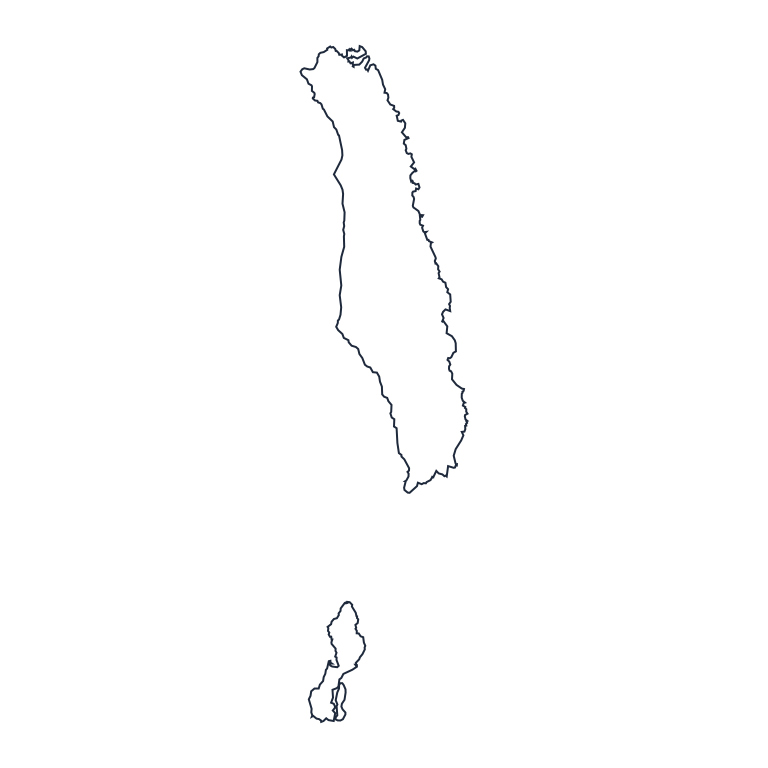 the district of Ranongga-Simbo, Western, Solomon Islands
{"feature_id": "97153195B5229435776265", "entity_name": "Ranongga-Simbo", "entity_type": "district", "adm_level": 2, "iso_a3": "SLB", "parent_name": "Solomon Islands", "parent_adm1": "Western", "projection": "natural_earth1", "projection_center": [156.559, -8.122], "detail": "fine", "context": "isolated", "style": "outline", "palette": "slate", "viewbox_px": 768, "rotation_deg": 0, "n_neighbors": 0, "source": "geoboundaries", "source_scale": "gbopen_adm2", "svg_char_len": 6035}
<svg xmlns="http://www.w3.org/2000/svg" viewBox="0 0 768 768"><path d="M467.5,413.7L466.2,411.6L466.3,409.2L465.0,408.0L465.3,407.0L462.9,405.6L463.7,403.0L465.0,402.6L462.8,400.8L461.7,397.7L461.8,393.7L462.6,392.7L462.4,391.8L463.6,390.9L464.0,389.0L461.9,388.6L456.5,384.9L452.0,379.3L452.3,373.7L451.1,371.3L449.6,370.7L449.0,368.9L449.1,366.3L450.3,364.6L449.3,361.6L447.5,359.9L448.2,358.0L449.7,358.3L451.3,357.2L453.4,352.8L455.9,351.4L455.7,343.2L454.8,340.3L451.9,336.2L446.6,333.2L447.3,326.4L443.3,320.9L441.9,322.2L443.6,318.0L442.0,314.3L443.1,311.8L445.5,309.4L450.2,311.1L449.7,307.9L450.0,306.0L449.1,304.1L450.7,301.8L450.2,294.5L447.3,292.2L448.1,289.2L446.1,287.1L445.4,282.7L443.1,281.7L441.6,279.3L438.8,278.3L439.5,277.3L438.6,273.1L439.6,271.6L438.1,269.3L438.3,266.2L436.1,263.2L435.5,263.5L434.8,261.0L435.8,258.5L435.5,257.2L430.5,246.6L430.9,243.1L432.0,242.4L429.0,241.2L428.5,239.9L427.3,239.9L424.9,233.3L426.3,231.9L424.3,232.2L423.3,231.4L422.1,227.7L423.0,225.7L420.3,224.7L419.7,223.3L419.7,220.8L420.3,219.9L419.9,216.1L422.1,216.8L423.0,215.2L420.1,215.0L418.4,211.0L413.4,207.4L412.8,205.8L414.1,198.9L413.6,197.0L412.3,195.5L412.4,192.5L413.1,191.6L415.6,191.1L416.1,188.5L418.4,189.3L419.5,187.5L418.4,183.9L415.6,184.5L414.6,183.3L412.7,182.9L412.8,181.3L412.2,180.7L411.2,181.5L410.3,178.1L410.4,175.4L412.3,173.0L414.8,170.9L415.7,171.4L416.5,170.8L415.3,168.6L414.3,169.1L410.8,166.5L414.1,162.4L411.4,156.9L411.8,154.3L410.4,153.4L408.4,153.9L406.8,153.1L405.7,150.2L406.4,148.8L405.7,145.2L403.8,143.6L404.4,139.9L408.5,138.1L408.1,137.2L406.1,137.2L401.9,132.3L404.9,127.8L405.3,123.3L403.0,119.9L401.3,120.6L401.0,121.6L397.8,120.8L396.7,115.7L398.4,115.1L399.2,113.1L398.4,111.8L396.3,111.5L393.2,109.1L394.2,107.8L394.1,105.9L390.3,104.5L387.5,100.3L388.4,97.7L388.0,94.5L386.7,93.0L384.5,92.7L385.2,89.2L383.0,84.6L382.2,79.8L378.1,70.1L375.8,68.8L375.4,65.6L373.5,64.3L370.3,65.3L368.0,70.7L367.4,69.5L366.1,69.7L365.0,67.8L369.1,60.3L369.4,58.5L368.7,56.4L367.0,56.3L366.3,57.4L363.7,58.5L362.2,61.6L359.3,64.6L354.3,64.9L353.6,65.3L353.6,66.8L352.9,66.4L353.4,65.7L352.7,64.7L352.9,62.5L350.5,63.3L349.5,61.5L348.4,61.5L348.6,60.5L347.2,58.3L350.9,57.5L351.5,56.5L352.0,57.8L353.4,56.6L357.3,58.5L365.9,53.8L365.7,51.3L362.2,47.1L359.7,46.1L359.3,50.4L357.4,51.6L355.0,51.2L354.2,49.8L353.0,50.3L351.5,48.6L350.4,49.3L350.7,50.6L349.8,50.6L349.2,49.4L348.5,50.3L346.9,50.2L347.0,55.8L344.0,57.4L341.8,55.5L341.9,54.5L339.3,54.8L338.8,53.1L336.5,50.8L335.7,50.9L335.2,48.9L333.2,47.0L331.3,47.5L330.2,46.5L327.1,48.5L327.3,49.8L323.7,52.1L320.4,52.8L318.8,54.3L318.6,56.3L317.4,57.9L317.4,62.1L314.4,68.1L313.1,69.1L309.7,69.5L304.3,68.3L302.3,69.2L300.5,71.7L301.9,75.2L306.9,79.3L308.5,83.7L311.5,85.3L312.0,86.4L311.9,90.9L314.3,92.8L314.7,94.0L314.1,97.2L312.9,97.6L312.8,98.5L315.0,100.5L317.4,100.8L318.1,102.4L320.3,103.1L321.5,104.4L322.8,108.7L323.9,109.5L327.4,116.4L332.7,121.5L334.0,127.1L336.3,129.5L338.2,134.9L339.0,135.4L342.1,150.1L342.4,155.4L341.5,159.5L333.9,174.4L340.7,185.3L342.5,189.7L343.1,194.0L342.5,203.7L344.6,212.3L344.3,220.6L343.7,222.5L344.2,226.1L343.2,229.9L344.3,234.0L343.9,236.4L344.2,246.8L341.4,256.8L339.7,269.7L341.3,285.5L339.7,295.2L341.2,307.3L340.5,314.8L339.0,319.6L337.9,320.5L337.8,323.0L336.2,326.8L338.2,330.2L342.4,334.0L343.8,337.9L348.4,340.2L348.7,342.3L351.6,345.7L355.9,347.0L358.2,349.0L359.4,354.0L362.3,358.0L364.9,364.7L367.2,366.5L370.3,367.5L372.9,372.2L376.9,372.6L379.2,376.6L380.0,381.7L381.9,386.6L382.2,394.4L384.1,396.7L387.2,397.9L388.4,401.2L391.5,404.9L391.2,411.9L390.4,413.3L391.7,417.5L394.3,419.2L394.0,426.5L396.6,428.2L397.4,443.0L398.9,453.1L401.4,454.9L401.5,456.6L404.3,459.3L409.1,468.2L409.0,470.6L407.5,471.9L408.6,473.6L408.5,476.5L406.4,480.4L405.2,481.2L405.7,481.3L404.1,487.7L404.5,490.0L407.7,492.6L409.6,492.8L417.0,486.1L417.9,482.7L421.7,484.2L423.7,483.1L425.9,483.3L426.6,482.1L430.5,480.1L431.9,477.7L432.9,477.5L432.6,476.8L433.5,476.8L436.3,470.9L438.7,473.4L442.4,474.4L444.4,476.2L445.6,475.6L446.7,476.5L448.1,466.1L453.7,467.8L455.0,467.5L455.8,465.3L456.8,465.5L456.9,464.3L456.3,464.5L455.5,463.2L453.7,455.7L455.7,449.1L461.2,440.4L463.4,435.3L461.8,431.9L464.4,431.6L465.3,429.2L465.1,425.9L466.3,425.6L465.9,424.1L467.1,422.9L466.4,421.3L467.3,420.9L465.5,419.4L464.8,416.2L465.1,415.0L467.5,413.7ZM365.3,645.8L363.9,642.6L363.2,637.2L360.6,636.3L358.8,633.5L356.7,633.3L356.8,630.8L355.5,628.8L356.2,627.8L355.4,624.9L357.7,623.0L358.2,619.3L357.0,618.0L357.1,616.4L356.5,616.2L355.7,612.7L351.9,606.5L352.2,604.8L349.7,602.2L347.4,601.9L347.5,602.9L345.2,603.5L346.8,602.1L344.8,602.9L340.7,608.4L340.5,611.0L338.6,613.4L338.8,615.1L336.9,618.2L333.9,619.0L331.6,621.7L331.1,624.2L327.6,626.9L328.3,628.1L328.0,630.9L329.3,632.6L328.7,634.5L330.0,636.8L331.2,636.7L331.6,639.5L332.3,639.5L331.4,642.3L331.6,643.9L335.6,648.6L335.5,650.9L336.5,652.7L335.2,656.6L336.6,657.5L336.5,660.0L338.7,665.8L337.2,667.2L332.1,666.5L330.3,665.5L329.3,663.9L329.5,662.2L329.5,663.5L331.8,663.5L330.5,662.6L330.4,660.8L328.8,661.2L327.1,668.5L325.9,669.9L325.3,673.8L323.7,677.1L323.1,681.0L319.9,684.6L318.7,688.5L314.5,688.5L311.2,691.3L310.5,695.9L308.8,699.3L311.6,708.8L311.3,712.4L312.3,715.3L311.8,716.7L313.2,715.9L316.5,718.6L319.0,719.1L321.0,720.5L321.2,721.9L323.5,721.0L326.2,718.3L328.5,720.1L333.7,721.0L335.2,713.1L332.8,710.5L334.8,708.0L335.0,706.5L333.8,703.8L331.1,702.7L333.0,697.6L332.5,689.8L336.7,688.2L338.4,686.6L339.4,679.4L341.3,678.0L343.4,673.9L352.4,669.7L356.9,666.7L356.9,665.5L356.1,665.8L355.2,664.6L356.2,664.5L356.0,663.1L355.4,663.3L359.2,659.3L359.9,657.3L362.5,654.1L364.8,649.4L364.6,647.6L365.3,645.8ZM345.6,692.6L345.5,689.3L343.7,685.1L342.3,683.2L340.3,683.2L339.1,685.0L339.0,688.6L337.3,692.4L335.7,700.2L337.4,704.5L336.6,706.2L337.3,715.3L335.3,717.9L335.9,719.5L337.6,720.4L340.4,720.5L342.9,719.2L345.4,714.5L345.4,712.5L342.6,709.4L341.4,706.6L341.9,703.7L344.5,699.8L345.6,692.6Z" fill="none" stroke="#1e293b" stroke-width="2"/></svg>